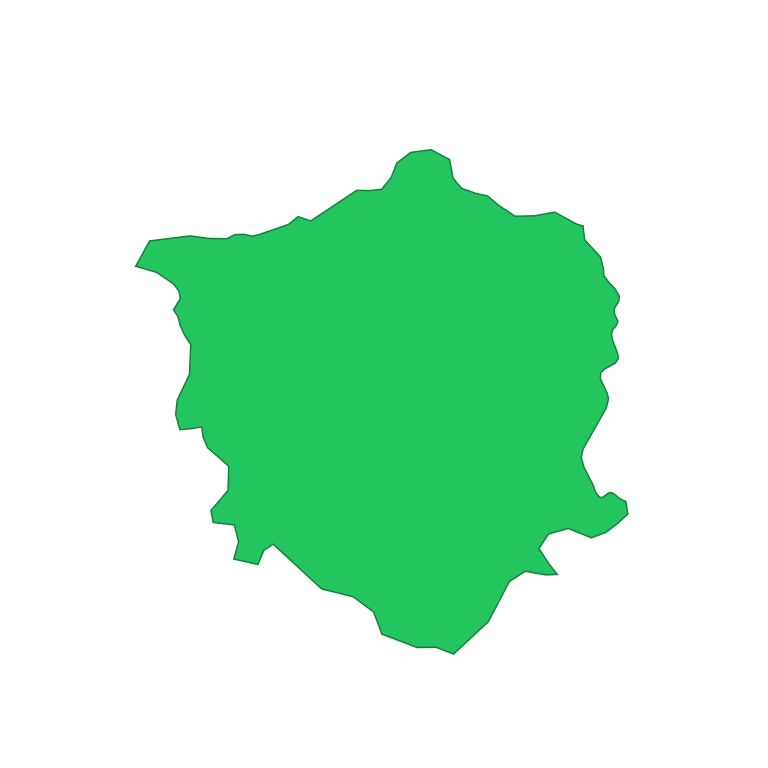 map outline of Yambol (orthographic projection), rotated 290°
{"feature_id": "BGR-2255", "entity_name": "Yambol", "entity_type": "Province", "adm_level": 1, "iso_a3": "BGR", "parent_name": "Bulgaria", "parent_adm1": "", "projection": "orthographic", "projection_center": [26.657, 42.284], "detail": "fine", "context": "isolated", "style": "filled", "palette": "green", "viewbox_px": 768, "rotation_deg": 290, "n_neighbors": 0, "source": "natural_earth", "source_scale": "10m", "svg_char_len": 1611}
<svg xmlns="http://www.w3.org/2000/svg" viewBox="0 0 768 768"><g transform="rotate(290 384 384)"><path d="M600.6,517.2L599.9,517.2L588.1,523.3L577.3,544.0L567.7,550.6L560.9,553.6L556.5,560.4L552.5,568.4L547.0,575.1L542.7,576.2L533.5,574.7L528.3,576.9L523.0,582.3L518.5,582.3L513.8,580.5L508.4,580.7L503.1,584.1L497.2,589.2L492.1,593.4L488.0,595.5L482.6,594.1L473.4,586.1L468.8,583.8L462.9,585.5L452.2,596.4L447.2,600.0L437.7,601.1L391.3,593.4L382.4,594.4L374.4,600.2L360.1,615.5L356.5,618.2L353.4,621.3L351.4,625.7L352.3,628.3L358.2,632.1L359.7,634.3L359.3,638.1L357.2,643.9L356.6,647.4L356.3,651.4L356.0,651.6L345.3,657.6L332.8,651.2L320.4,643.2L310.4,631.5L311.2,606.4L299.2,589.8L282.3,585.9L271.7,600.1L264.3,611.9L260.0,601.5L256.3,580.8L241.4,569.4L196.2,563.3L154.0,541.7L154.4,523.1L147.7,505.1L148.2,467.6L166.2,452.2L173.5,427.8L170.1,395.5L195.6,334.6L186.6,328.0L171.3,327.2L168.1,302.7L186.0,301.4L200.4,291.5L195.5,270.9L205.9,264.6L230.7,273.8L253.6,266.3L263.8,240.1L272.1,232.2L281.4,227.4L276.3,218.6L271.3,207.8L284.2,198.6L298.3,195.2L326.5,197.9L354.8,189.0L362.3,179.2L369.9,172.0L376.9,167.3L381.6,160.9L394.7,163.3L401.1,159.6L406.1,152.0L411.1,132.3L409.7,110.4L438.3,114.8L456.9,151.3L460.9,169.8L466.8,186.7L473.2,192.5L476.8,201.3L477.8,209.7L482.0,215.9L501.3,239.7L511.8,245.9L512.2,259.4L556.7,292.2L560.7,304.0L566.2,315.2L580.6,320.2L595.9,320.4L610.7,329.8L620.3,348.1L617.3,368.9L601.0,378.5L594.4,389.9L594.5,405.3L596.2,416.8L591.1,430.5L586.5,449.8L593.5,467.8L603.9,485.7L600.1,510.2L600.6,517.1L600.6,517.2Z" fill="#22c55e" stroke="#15803d" stroke-width="1.5"/></g></svg>